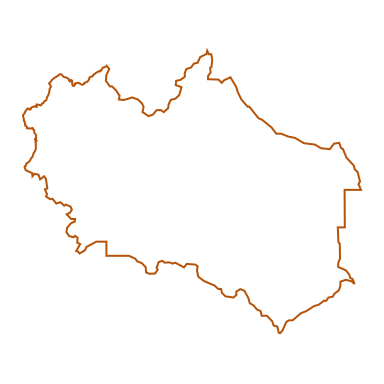 outline of Custer, Idaho, United States of America
{"feature_id": "52423323B74460459813607", "entity_name": "Custer", "entity_type": "district", "adm_level": 2, "iso_a3": "USA", "parent_name": "United States of America", "parent_adm1": "Idaho", "projection": "natural_earth1", "projection_center": [-114.656, 44.224], "detail": "fine", "context": "isolated", "style": "outline", "palette": "amber", "viewbox_px": 384, "rotation_deg": 0, "n_neighbors": 0, "source": "geoboundaries", "source_scale": "gbopen_adm2", "svg_char_len": 4089}
<svg xmlns="http://www.w3.org/2000/svg" viewBox="0 0 384 384"><path d="M106.8,66.0L106.7,66.3L105.4,66.6L104.6,67.1L103.8,67.3L102.6,67.9L101.9,69.0L101.3,70.3L100.2,70.7L100.1,71.4L99.4,71.4L99.3,71.1L98.3,71.5L97.6,72.1L96.4,72.5L95.1,73.6L93.2,75.0L92.6,76.3L91.0,76.8L90.1,77.0L89.2,78.1L89.2,79.0L88.3,80.6L87.9,81.1L87.3,81.8L85.9,82.3L85.1,82.5L84.3,83.0L84.4,83.6L83.3,84.4L82.3,84.8L81.0,84.2L79.8,83.6L78.6,82.9L77.4,82.9L76.7,83.2L75.8,83.2L75.3,83.2L74.8,83.9L75.0,84.6L74.1,85.3L73.8,86.0L72.8,85.7L72.3,84.6L72.1,83.0L72.2,81.9L72.1,80.7L71.1,80.0L70.6,80.8L69.9,81.5L69.0,80.4L68.7,79.0L66.9,77.8L65.1,77.2L64.1,77.1L63.2,76.4L62.1,75.0L61.5,74.3L59.5,74.3L58.7,75.3L56.2,76.8L54.1,78.2L52.0,79.8L50.5,82.1L49.8,82.6L49.1,83.4L49.5,84.3L50.5,85.2L50.9,86.7L49.4,89.5L49.6,90.7L49.1,92.4L48.8,93.6L48.3,95.1L47.6,96.3L46.9,97.5L46.7,99.0L46.3,100.1L45.6,100.7L44.7,101.0L44.0,101.9L43.4,102.9L41.8,103.7L41.4,105.0L40.2,105.4L39.0,104.7L38.0,104.8L37.5,104.6L36.6,104.5L36.6,105.7L36.7,106.9L35.6,106.8L35.0,106.2L33.2,106.8L31.6,107.5L30.9,107.9L30.7,109.2L30.4,109.5L29.7,109.5L29.1,109.1L27.9,108.5L26.9,109.0L26.6,110.0L25.5,111.1L25.1,112.1L24.3,113.7L23.1,115.0L23.0,116.0L23.5,117.6L23.6,118.3L23.8,119.3L24.0,120.6L24.2,121.4L24.8,122.0L24.8,122.8L25.3,124.1L25.0,124.8L25.2,125.6L26.2,126.0L27.0,127.1L26.8,127.9L27.3,128.4L27.8,128.5L29.0,128.3L29.7,128.4L30.9,128.6L31.8,128.1L32.5,128.0L32.9,128.8L33.2,129.5L33.8,129.7L34.2,130.3L34.2,130.9L34.2,132.2L34.5,133.0L35.5,134.1L36.0,135.2L36.1,136.2L36.2,137.7L35.1,138.7L34.9,139.4L35.6,139.7L36.3,139.9L36.5,140.9L35.7,141.1L35.4,142.1L35.7,142.7L35.8,144.9L35.9,148.4L35.0,151.2L33.8,152.8L32.4,156.9L31.0,158.5L29.9,160.8L28.4,162.2L26.8,163.2L26.2,163.8L26.3,164.7L25.5,166.0L24.7,166.3L24.6,167.0L25.7,170.2L32.2,173.1L32.5,176.2L34.5,173.8L38.5,174.7L40.1,179.3L44.2,176.3L46.0,179.2L47.3,188.5L44.9,189.4L47.0,194.1L46.1,196.5L50.2,199.2L52.5,198.8L56.3,203.5L60.5,202.2L64.2,205.7L65.9,204.6L70.6,206.7L71.8,209.7L69.9,212.7L66.7,214.3L71.2,219.0L75.0,219.0L74.7,221.7L71.3,223.0L67.2,227.5L66.4,232.1L69.1,236.0L73.4,237.3L74.9,235.8L77.6,237.8L77.2,242.6L80.2,244.1L76.2,251.1L78.2,251.7L79.5,253.5L85.0,250.3L86.4,247.0L96.2,241.7L106.4,241.7L106.4,255.8L129.0,255.8L135.3,258.7L137.2,261.3L141.9,263.2L145.7,267.2L146.0,272.3L149.3,273.8L155.1,273.5L157.7,269.7L156.6,267.9L158.7,262.0L162.5,260.8L164.3,262.6L169.6,262.4L172.4,263.6L175.3,262.7L184.0,267.4L186.7,263.9L195.4,264.6L197.7,266.4L196.9,270.2L198.3,276.7L204.1,281.1L214.7,285.6L218.1,288.9L221.1,289.0L221.9,292.8L225.4,296.3L233.5,297.5L236.4,294.9L236.3,291.6L240.3,289.1L244.4,290.8L248.2,297.7L249.8,303.2L253.7,305.5L256.8,309.4L260.6,311.1L261.7,315.8L266.8,315.7L272.2,321.2L273.6,325.5L277.4,326.6L278.7,332.7L280.0,333.2L282.4,330.7L286.3,322.0L288.7,320.4L292.7,320.3L300.8,313.3L306.7,310.9L314.1,306.0L318.6,304.8L324.1,300.6L326.1,300.9L328.4,297.6L332.9,296.6L334.0,294.1L338.8,290.3L340.2,286.7L340.5,281.6L345.7,279.8L351.7,281.3L354.6,284.1L352.4,278.8L350.3,278.1L349.4,274.8L346.0,270.4L338.2,267.0L338.3,262.5L340.0,258.7L339.8,243.8L338.4,242.2L337.8,227.4L344.8,227.4L344.6,189.9L361.0,189.9L358.5,184.2L360.0,181.5L357.6,172.0L354.7,169.2L353.9,165.7L346.5,157.7L342.9,149.0L341.1,148.2L339.2,142.9L334.0,143.6L329.8,149.2L320.9,148.2L315.0,144.6L303.9,143.2L295.0,137.9L288.4,136.6L281.1,133.7L276.3,133.7L271.5,127.4L262.1,119.8L258.5,118.2L249.3,106.7L247.6,106.7L241.4,99.5L237.6,91.7L236.2,86.8L230.4,77.3L223.8,80.4L221.8,82.8L218.5,79.6L208.0,79.2L208.1,75.9L210.6,72.5L210.1,67.8L211.5,67.1L212.2,59.6L211.3,54.3L208.8,54.2L207.2,50.8L206.6,53.9L200.2,57.1L197.6,62.8L193.8,63.6L191.2,67.4L186.3,69.1L184.7,73.3L184.9,76.7L180.3,80.0L176.2,80.8L175.7,85.1L181.5,87.2L179.2,95.1L175.4,98.7L170.9,99.8L168.7,104.1L168.1,108.3L163.7,112.1L160.7,110.0L156.5,110.2L153.0,114.6L148.5,116.1L142.5,112.0L143.6,106.8L141.9,103.3L137.9,99.5L132.2,97.5L123.7,100.0L118.9,99.5L119.6,95.8L116.1,90.4L111.9,86.3L110.0,86.5L105.9,80.8L106.4,75.0L109.3,69.0L106.8,66.0Z" fill="none" stroke="#b45309" stroke-width="2"/></svg>